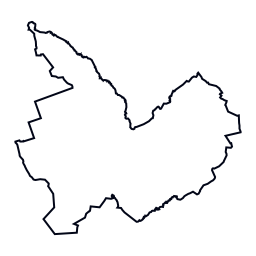 Prodes pag., Ilukstes, Latvia
{"feature_id": "27541924B41146663771526", "entity_name": "Prodes pag.", "entity_type": "district", "adm_level": 2, "iso_a3": "LVA", "parent_name": "Latvia", "parent_adm1": "Ilukstes", "projection": "mercator", "projection_center": [25.919, 56.06], "detail": "fine", "context": "isolated", "style": "outline", "palette": "ink", "viewbox_px": 256, "rotation_deg": 0, "n_neighbors": 0, "source": "geoboundaries", "source_scale": "gbopen_adm2", "svg_char_len": 5641}
<svg xmlns="http://www.w3.org/2000/svg" viewBox="0 0 256 256"><path d="M198.2,72.7L197.4,73.7L197.5,75.1L196.3,76.9L193.8,76.5L191.9,77.7L188.9,81.5L187.9,81.5L186.7,80.9L183.0,84.6L175.3,90.0L175.3,90.3L174.6,91.2L174.1,91.4L173.9,91.0L173.2,90.8L172.6,92.1L172.4,92.8L171.4,95.0L171.5,95.4L171.2,95.6L171.3,96.0L170.4,96.6L169.9,96.4L169.4,97.0L169.2,97.9L169.9,98.4L170.2,99.0L169.8,99.5L170.1,100.7L169.7,100.8L169.9,101.3L170.2,101.3L170.2,101.8L170.0,102.2L166.4,103.7L163.8,103.6L161.1,108.6L160.6,108.9L160.1,108.9L158.7,106.8L158.2,106.6L156.8,107.5L155.9,108.7L154.7,109.6L154.5,110.2L153.2,110.7L152.6,113.0L153.4,115.2L152.8,118.2L151.8,118.4L149.0,121.2L143.7,124.2L136.7,126.9L135.2,127.1L134.7,127.6L134.4,128.8L133.4,129.3L131.6,128.9L130.2,127.2L130.4,126.3L130.3,124.8L130.6,123.9L129.5,121.1L129.6,120.6L129.4,120.1L128.0,118.5L126.3,118.7L125.5,118.1L125.4,117.6L125.8,116.5L125.7,116.1L125.5,115.8L125.5,115.6L125.1,115.2L124.9,114.8L125.4,113.9L126.3,113.5L126.0,112.7L125.3,112.4L125.0,111.8L125.5,110.9L126.4,107.2L126.2,103.3L125.1,102.0L125.1,101.5L125.5,101.2L125.3,101.0L125.4,100.9L125.2,100.7L125.4,100.6L125.0,100.1L125.2,99.7L123.3,97.8L122.7,97.6L122.9,97.4L122.4,97.2L121.7,96.6L119.1,95.0L117.9,95.0L116.8,93.5L115.9,93.4L115.5,90.5L115.0,89.2L114.2,88.2L113.4,87.7L112.7,86.3L111.6,85.6L111.4,84.8L110.7,84.5L111.0,83.8L110.5,83.6L110.2,82.9L109.6,82.8L109.8,82.3L109.2,81.6L108.8,81.9L108.7,81.5L107.9,81.4L108.0,81.1L107.8,80.8L107.2,81.1L107.2,80.8L106.9,80.7L106.6,80.3L105.8,80.4L105.1,80.0L103.8,80.1L103.4,80.5L103.3,80.2L102.7,80.1L102.0,79.5L101.3,78.6L100.8,78.2L101.0,78.1L100.9,78.0L100.5,78.1L100.6,77.7L100.2,77.8L100.4,77.4L99.9,77.4L99.4,76.3L99.7,75.7L99.1,73.8L97.0,71.9L96.9,71.3L96.4,71.1L96.4,70.3L96.1,69.8L96.1,69.1L95.2,67.8L95.4,67.3L94.8,67.1L94.9,66.4L91.7,60.0L89.8,58.7L87.9,58.4L87.5,57.7L86.5,56.8L85.4,57.2L84.0,56.7L83.6,57.5L83.1,57.4L81.8,56.5L81.9,55.7L81.6,55.0L80.3,54.7L80.4,54.3L79.8,54.7L79.4,54.0L78.8,53.8L78.6,54.0L78.7,54.6L77.6,54.4L76.7,53.4L76.5,52.9L76.6,52.3L75.1,50.8L74.8,50.3L74.4,50.4L73.9,49.2L73.2,48.7L72.8,47.6L71.8,47.1L71.4,46.5L70.7,46.3L69.6,44.5L68.3,43.2L68.2,42.6L67.8,42.9L67.7,42.4L66.9,42.1L66.7,42.3L66.2,41.9L66.2,41.4L65.9,41.5L65.2,40.6L64.2,40.2L63.8,39.8L58.5,37.3L58.0,36.9L57.5,37.0L55.7,35.2L55.2,35.0L54.7,35.2L54.8,34.9L54.5,34.8L54.3,34.9L54.4,35.2L54.1,35.3L53.9,35.1L53.9,34.7L53.2,35.0L52.3,34.4L52.3,34.1L52.5,33.8L52.3,33.4L51.4,32.5L50.9,32.7L51.0,32.2L50.6,32.1L50.5,31.8L49.6,31.5L47.6,32.0L47.3,32.5L46.6,32.5L45.9,33.0L44.3,32.5L40.1,32.1L37.4,30.7L35.2,30.0L34.7,29.6L34.7,29.0L35.2,28.4L34.8,27.6L35.2,26.7L35.4,24.6L35.2,23.9L34.2,23.3L33.7,23.3L33.3,22.7L32.8,22.6L32.6,22.1L32.0,21.9L29.7,22.6L29.0,22.9L27.9,25.4L29.1,27.8L28.6,29.7L29.9,29.7L34.2,33.7L34.3,35.9L35.8,41.4L36.0,44.4L36.0,46.0L36.5,47.2L36.5,48.5L35.1,49.3L36.0,52.7L36.5,55.4L40.7,55.5L40.9,54.5L43.0,54.2L53.1,67.4L49.8,71.0L51.8,76.0L55.9,76.5L58.1,77.8L62.9,77.2L64.0,79.5L66.9,82.7L68.2,83.6L71.8,85.1L72.4,86.4L72.5,87.9L35.0,101.6L40.9,118.2L28.6,122.4L34.1,138.1L23.6,141.4L23.4,141.0L22.4,141.5L20.2,141.5L19.4,140.4L15.4,141.6L15.5,142.6L16.8,143.9L17.4,145.0L19.5,154.1L19.7,155.8L20.3,156.8L23.0,159.8L23.4,161.4L23.1,162.3L23.4,163.5L24.8,165.9L25.0,166.6L26.8,170.2L29.1,173.9L30.0,175.9L31.9,177.3L33.5,179.5L34.4,179.8L35.6,180.0L40.2,179.2L45.0,179.7L48.7,183.5L48.6,185.0L48.1,186.1L53.2,193.8L54.2,207.4L43.5,219.1L54.8,234.1L76.8,232.7L77.3,227.2L78.0,225.5L74.0,223.9L85.0,217.6L86.2,213.7L89.1,211.3L89.3,211.4L90.0,210.8L90.7,206.4L99.6,207.3L104.2,201.1L106.0,198.2L111.1,198.8L112.9,198.2L111.8,196.5L111.8,195.5L112.3,194.8L113.7,195.6L114.0,196.2L114.1,197.4L115.1,198.1L115.6,199.1L116.8,200.4L117.0,201.3L117.5,202.0L118.2,205.7L117.9,206.9L117.4,207.6L121.1,208.0L122.3,209.9L124.5,212.4L136.2,221.5L136.7,221.8L138.1,221.6L138.8,221.0L139.4,220.2L139.9,220.5L139.9,220.9L140.5,220.9L141.9,220.1L142.9,218.9L143.1,219.0L143.4,218.6L143.3,218.2L143.7,218.0L143.8,217.2L144.3,217.5L145.0,216.1L145.2,216.5L145.7,216.4L148.0,214.9L149.6,212.4L151.1,212.0L151.8,211.0L152.4,210.7L154.7,210.8L154.7,210.2L154.9,210.0L155.8,209.7L155.4,209.3L156.2,208.8L155.6,208.6L156.2,207.8L156.5,207.9L156.6,208.5L157.4,208.4L157.6,208.7L157.3,209.5L157.9,209.7L158.6,209.5L158.1,209.2L158.9,208.5L158.8,208.2L159.3,208.0L159.9,207.1L161.4,206.7L162.8,206.9L162.7,206.4L163.4,205.7L163.3,205.1L163.1,205.0L163.1,204.2L164.8,203.2L164.8,202.9L165.0,202.7L165.3,203.0L166.0,202.9L165.8,202.3L166.0,202.0L166.8,203.0L167.1,203.0L167.5,202.4L167.4,201.6L168.0,201.4L168.5,200.5L169.4,200.6L169.5,200.2L169.9,200.2L170.3,199.7L170.2,199.1L170.5,199.1L170.7,199.4L171.2,199.1L171.0,198.5L171.5,198.1L171.9,197.4L172.6,197.5L172.8,196.9L174.0,196.6L174.1,196.0L176.8,196.3L176.9,196.6L176.3,197.5L177.0,198.1L177.4,199.1L180.2,199.7L180.9,199.4L182.9,198.1L184.4,196.2L185.8,195.3L188.4,193.8L189.7,193.4L193.0,191.7L197.0,194.4L198.6,193.7L200.1,191.0L200.0,190.4L203.5,185.3L207.7,183.8L211.1,181.4L213.1,180.3L214.7,178.5L215.1,177.0L212.0,170.1L212.4,168.7L213.0,168.3L214.3,168.6L219.1,166.3L223.6,162.0L224.0,160.8L226.6,155.4L226.5,153.8L225.7,152.0L226.3,147.4L230.9,147.8L232.0,146.6L231.2,143.2L230.4,143.4L225.5,135.8L240.6,132.3L240.6,131.6L239.5,128.7L239.5,125.6L239.1,123.0L238.8,115.4L237.2,115.8L228.1,111.6L225.5,105.0L225.3,104.9L226.4,102.3L226.7,101.0L224.4,100.2L222.5,99.0L221.3,98.7L220.1,97.5L221.5,95.7L219.9,94.2L220.3,93.6L222.2,92.8L221.4,91.4L219.7,89.4L219.6,88.6L216.2,86.0L208.9,84.2L208.1,82.6L207.1,82.7L205.7,81.1L202.1,78.8L201.5,77.1L198.2,72.7Z" fill="none" stroke="#020617" stroke-width="2"/></svg>